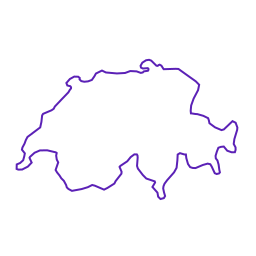 the border of Switzerland, rotated 3°
{"feature_id": "CHE", "entity_name": "Switzerland", "entity_type": "country or territory", "adm_level": 0, "iso_a3": "CHE", "parent_name": "Europe", "parent_adm1": "", "projection": "mercator", "projection_center": [8.313, 46.803], "detail": "fine", "context": "isolated", "style": "outline", "palette": "violet", "viewbox_px": 256, "rotation_deg": 3, "n_neighbors": 0, "source": "natural_earth", "source_scale": "50m", "svg_char_len": 2286}
<svg xmlns="http://www.w3.org/2000/svg" viewBox="0 0 256 256"><g transform="rotate(3 128 128)"><path d="M191.9,77.0L193.3,77.9L196.8,81.1L196.0,86.5L192.0,95.2L189.9,102.2L189.7,107.6L190.1,110.1L190.8,110.1L194.6,110.5L196.5,110.5L202.6,111.9L207.5,114.0L208.4,116.3L209.1,119.0L214.9,122.8L221.5,125.2L223.8,124.4L232.0,115.7L235.2,117.1L237.2,121.8L237.1,124.2L234.8,133.5L234.4,138.4L236.4,141.7L236.6,144.2L236.0,146.6L232.7,146.8L228.3,145.5L224.6,141.5L221.7,142.0L219.3,143.0L218.0,146.8L216.9,151.3L217.3,153.8L219.0,155.7L220.4,159.8L221.4,165.1L222.1,167.5L221.3,168.6L219.0,169.3L217.0,168.6L213.7,162.3L212.1,159.9L209.4,159.4L204.7,161.0L197.5,164.5L194.6,164.5L192.1,163.8L189.8,160.8L187.8,155.0L187.2,151.4L185.8,151.5L181.2,150.4L179.0,151.9L179.0,157.8L178.6,165.2L176.3,169.9L169.8,178.1L167.4,181.7L166.5,184.3L166.3,186.5L167.3,190.3L168.6,194.0L167.5,196.1L164.1,197.2L161.7,195.0L160.8,191.0L155.5,185.6L157.9,181.0L157.5,179.9L148.9,177.5L145.2,174.1L140.0,168.0L139.0,165.4L139.2,157.0L138.9,154.9L138.2,153.9L135.7,154.0L132.2,156.9L129.0,161.3L122.3,166.3L121.6,167.3L123.9,172.1L123.8,174.0L118.4,181.7L117.3,184.2L110.5,189.0L107.3,190.8L97.8,187.3L95.2,186.8L91.0,189.2L84.9,191.4L75.3,193.7L71.7,192.0L70.0,190.5L69.2,188.2L66.7,184.1L64.0,181.7L62.1,179.0L59.5,176.1L57.9,173.7L60.1,166.0L58.5,163.2L57.7,159.3L58.1,156.7L57.2,156.1L48.4,154.5L41.2,155.0L36.0,157.6L31.7,161.9L31.2,162.9L31.5,163.6L33.6,167.6L30.0,171.8L24.5,175.0L20.6,175.3L18.9,174.7L18.8,170.2L22.1,168.6L25.0,165.7L25.9,161.6L26.3,158.7L23.2,155.2L23.6,153.0L25.5,149.0L26.6,145.4L28.1,142.2L34.2,137.1L40.3,132.0L41.2,126.5L41.6,119.9L42.5,118.3L50.7,114.3L52.8,112.7L53.8,110.4L60.2,102.9L66.6,95.5L67.9,93.0L69.0,91.5L69.0,90.3L68.2,89.3L65.2,88.7L64.1,86.3L67.4,82.1L71.6,79.5L75.6,79.4L77.2,80.6L77.1,82.0L78.9,83.6L81.9,84.1L85.7,83.5L89.4,81.9L91.7,78.2L93.1,75.3L99.0,72.0L103.0,73.7L114.1,74.1L122.2,73.2L127.3,71.0L133.6,71.0L137.9,72.3L138.6,72.1L139.8,71.8L140.9,70.6L144.9,69.8L145.4,68.8L145.3,67.8L144.6,67.2L139.7,67.8L137.8,67.0L137.3,65.2L138.9,62.0L142.5,59.4L145.5,58.8L147.7,59.5L153.1,64.3L154.4,64.4L155.2,63.6L156.3,63.1L158.1,64.0L160.2,67.0L160.6,67.4L172.6,66.4L175.3,66.4L183.4,71.6L191.9,77.0Z" fill="none" stroke="#5b21b6" stroke-width="2"/></g></svg>